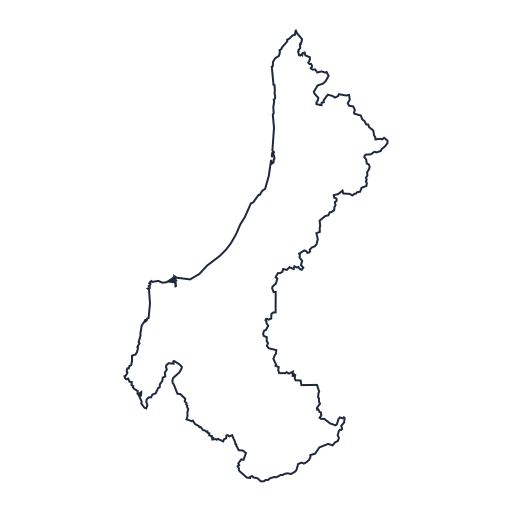 Buller District, West Coast, New Zealand (orthographic projection)
{"feature_id": "76426892B83106555775362", "entity_name": "Buller District", "entity_type": "district", "adm_level": 2, "iso_a3": "NZL", "parent_name": "New Zealand", "parent_adm1": "West Coast", "projection": "orthographic", "projection_center": [171.97, -41.649], "detail": "fine", "context": "isolated", "style": "outline", "palette": "slate", "viewbox_px": 512, "rotation_deg": 0, "n_neighbors": 0, "source": "geoboundaries", "source_scale": "gbopen_adm2", "svg_char_len": 6057}
<svg xmlns="http://www.w3.org/2000/svg" viewBox="0 0 512 512"><path d="M295.9,30.7L295.4,31.4L295.0,34.7L292.6,35.4L289.5,38.5L287.1,39.8L287.3,41.3L282.0,47.4L281.2,49.3L279.5,50.2L279.9,52.2L279.0,55.8L275.0,58.4L273.0,62.0L272.8,66.2L271.8,66.7L273.5,84.8L274.5,85.0L274.9,91.2L274.5,93.4L275.1,95.7L275.1,98.2L273.7,99.9L274.2,100.9L273.3,107.3L273.7,113.1L272.8,114.6L274.0,127.9L272.4,150.5L274.0,152.2L273.2,153.9L274.4,157.2L274.3,159.5L273.9,158.5L273.5,162.4L271.9,163.6L271.1,159.9L268.8,175.8L265.2,188.7L261.9,191.2L259.9,194.8L258.6,194.9L253.2,202.4L250.8,203.5L244.9,217.0L240.4,224.2L236.0,234.4L230.7,243.5L226.1,249.6L219.8,255.9L207.2,265.5L199.3,274.0L190.1,279.4L176.6,277.7L174.4,276.2L175.1,279.8L175.3,279.2L175.8,280.0L175.1,279.9L175.3,280.5L176.7,280.0L175.4,280.9L176.0,286.1L175.5,286.3L175.1,281.6L174.8,282.3L170.4,281.8L171.9,280.7L173.7,281.2L173.1,280.2L174.6,280.8L174.0,279.8L174.3,278.1L174.0,276.3L174.0,277.0L171.7,279.0L166.4,282.3L162.3,282.7L158.4,280.9L152.3,281.9L151.4,281.0L150.0,282.1L149.5,283.0L150.2,283.1L150.4,284.3L148.8,286.0L149.7,286.6L149.7,288.0L147.8,288.6L149.0,289.7L150.0,303.6L148.6,318.1L147.1,318.6L146.8,320.1L145.2,320.0L144.7,321.0L145.4,321.5L143.8,322.4L141.7,325.6L140.3,334.0L140.6,335.2L138.6,342.1L139.5,343.2L137.4,347.0L138.0,347.4L137.8,349.1L136.9,352.2L135.4,354.6L132.0,355.7L132.0,361.4L131.1,365.3L129.5,366.0L128.7,368.5L127.5,368.3L126.8,369.7L126.8,371.9L127.4,372.4L127.0,373.6L125.6,375.8L124.5,376.2L125.2,378.3L126.4,379.3L128.2,378.6L129.5,381.7L131.8,382.1L131.5,385.0L133.3,386.2L132.8,387.1L134.2,388.9L137.7,391.0L137.5,393.5L138.6,393.9L138.1,394.3L138.6,395.1L139.6,394.9L138.9,393.8L141.2,392.1L141.1,395.3L139.5,396.8L141.7,401.6L141.3,403.5L144.4,407.7L146.2,408.4L147.4,405.4L146.3,401.8L146.6,399.7L148.5,397.4L151.0,397.4L152.4,394.6L155.7,393.3L158.1,388.1L159.7,387.3L159.9,384.2L162.2,381.2L162.8,377.6L165.3,376.4L164.8,372.6L166.8,369.5L166.0,366.9L166.4,365.1L168.7,363.2L173.6,363.7L173.3,361.4L174.1,361.0L179.5,364.4L181.9,366.9L181.8,367.9L179.5,372.3L173.2,377.9L172.4,380.6L172.7,383.0L174.0,384.9L177.4,393.7L180.3,394.1L185.3,398.8L184.7,401.3L186.5,403.2L186.2,404.4L187.3,405.7L187.0,406.8L188.2,409.2L187.4,412.4L187.5,416.4L186.5,419.3L191.8,421.2L192.8,420.6L194.9,423.9L199.1,426.3L199.5,427.2L200.6,427.0L203.2,430.2L204.9,430.4L206.3,431.7L207.4,431.4L207.8,432.9L209.3,433.4L209.2,435.3L211.9,436.2L211.7,437.0L213.0,437.8L212.2,438.8L212.3,439.5L215.9,439.1L216.8,439.7L217.9,438.9L223.2,441.4L223.9,439.4L226.2,438.2L226.4,435.4L227.8,435.2L229.4,436.4L232.1,435.2L235.4,442.9L235.3,444.0L236.3,444.5L236.3,445.7L238.8,450.2L242.7,450.5L246.0,453.0L243.5,459.8L241.3,459.4L238.3,463.4L239.2,465.1L237.6,466.2L238.9,468.2L238.8,469.7L239.5,471.1L246.7,477.5L250.0,478.0L250.1,477.0L252.0,476.0L253.7,477.5L257.6,478.3L260.7,481.3L263.9,481.3L265.6,480.0L268.3,479.9L269.6,478.5L274.1,477.0L276.3,477.3L281.0,474.8L282.5,475.1L284.6,473.9L287.3,473.3L291.1,474.0L295.1,471.6L296.5,469.9L298.1,464.0L301.7,462.6L303.8,463.6L306.3,462.3L309.1,459.9L310.5,456.8L310.3,455.1L315.1,453.7L319.4,447.4L328.1,443.9L332.6,445.4L335.0,442.4L337.7,441.1L338.4,439.7L338.9,437.9L337.7,435.3L338.8,431.2L339.8,429.8L341.1,429.9L342.1,428.9L341.3,425.8L344.1,422.5L344.6,418.0L343.8,417.3L342.4,418.3L339.8,417.4L338.3,419.5L336.9,424.3L335.4,425.3L329.9,423.3L324.3,418.9L321.1,418.9L319.6,417.7L321.3,415.4L320.9,412.4L319.4,411.9L318.3,409.3L317.1,409.6L316.9,407.9L320.0,403.7L319.0,401.7L318.9,398.2L318.1,397.4L318.5,393.0L319.2,391.8L317.0,384.9L301.4,385.1L300.6,380.5L295.5,380.3L294.7,378.3L295.0,376.0L292.6,375.9L292.7,374.9L294.4,374.5L292.7,373.4L292.9,371.7L289.1,373.6L286.7,372.2L285.5,373.1L279.2,373.1L278.2,370.1L278.7,367.1L275.6,365.8L276.2,365.0L273.4,358.9L274.9,355.0L275.9,353.8L276.3,350.1L268.8,348.3L266.9,345.9L268.0,343.1L266.7,341.2L266.8,337.2L263.7,335.9L263.1,333.9L264.1,330.7L265.9,330.0L268.2,325.8L266.5,323.2L266.5,321.6L265.5,320.3L265.9,319.1L266.9,318.7L268.4,319.7L271.2,318.5L271.4,314.0L273.2,312.5L275.6,312.4L275.7,292.0L273.6,292.1L272.1,288.2L272.6,286.5L276.0,283.5L277.3,278.6L275.6,277.2L277.9,273.1L280.1,273.1L282.3,271.9L283.2,269.0L286.9,269.9L289.5,267.2L293.7,269.1L294.4,266.3L296.8,267.5L298.4,267.0L299.8,269.1L301.7,269.8L303.3,267.7L300.9,265.1L302.2,260.9L299.6,257.6L299.8,254.7L299.1,253.7L304.3,250.4L306.6,251.5L307.4,252.8L309.4,252.4L310.1,251.2L309.8,249.6L311.9,247.5L315.1,246.1L316.5,244.3L317.8,239.2L316.4,233.2L319.8,231.9L319.7,227.7L320.2,225.7L319.6,220.6L325.4,216.0L328.4,215.3L329.8,212.2L331.2,212.2L334.2,210.2L334.4,207.1L335.5,205.3L334.9,202.1L336.5,200.9L336.7,199.5L336.3,198.5L334.2,197.7L333.8,195.1L338.2,194.1L342.5,190.6L343.3,193.5L349.6,193.9L352.4,195.4L354.4,193.8L356.2,193.5L357.1,192.2L360.1,191.7L361.6,187.7L366.4,186.0L366.8,183.0L365.9,181.5L366.7,179.7L365.9,177.7L367.4,175.6L367.1,172.2L369.1,169.1L369.6,166.7L368.9,164.5L366.8,163.5L366.1,159.3L364.3,157.1L364.7,155.6L365.8,154.6L370.6,154.4L374.5,151.8L376.8,152.4L380.8,150.9L381.7,149.0L384.8,146.6L387.5,143.1L387.4,140.5L384.1,137.8L382.2,139.4L380.7,138.8L375.4,139.4L375.4,137.5L374.1,135.5L373.3,130.5L369.2,127.3L368.2,124.6L366.2,124.4L364.7,121.4L362.2,119.2L360.8,115.5L354.3,113.7L354.0,112.4L354.9,110.1L353.3,106.5L349.0,105.7L347.8,103.2L349.8,99.5L349.0,94.9L346.2,95.5L338.9,94.2L338.0,96.1L334.9,97.6L332.6,96.0L327.8,94.7L323.6,100.3L323.8,102.2L321.6,102.8L321.5,105.2L316.5,104.2L316.3,102.8L317.7,100.6L318.3,97.9L314.5,93.6L313.8,91.8L317.6,85.5L323.0,83.6L325.5,81.3L328.6,75.9L326.6,72.0L325.2,72.6L321.7,71.4L317.3,72.5L315.1,69.4L312.9,69.7L311.4,68.9L310.7,68.1L311.9,67.0L312.0,65.7L311.0,63.9L309.6,64.1L308.3,62.8L309.9,59.5L309.9,57.3L305.4,55.4L304.6,52.5L302.7,53.1L302.3,55.1L301.6,54.3L300.0,55.6L299.0,55.1L298.1,51.7L298.7,51.1L298.4,50.2L300.3,48.0L299.9,44.9L300.8,44.1L300.3,43.7L301.5,42.0L302.0,39.1L297.1,33.4L295.9,30.7ZM271.9,157.3L272.7,153.7L272.5,152.1L271.9,154.5L271.9,157.3Z" fill="none" stroke="#1e293b" stroke-width="2"/></svg>